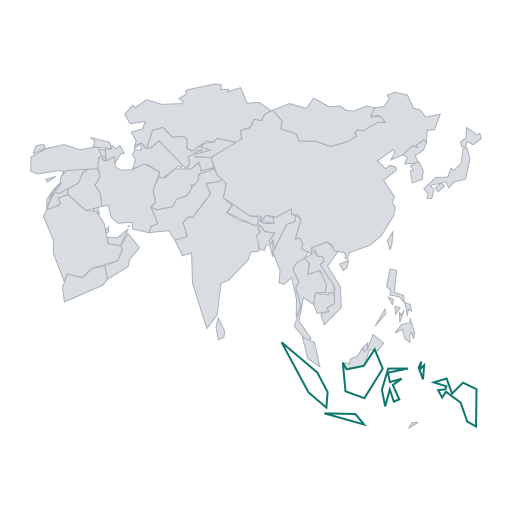 where Indonesia sits in Asia
{"feature_id": "IDN", "entity_name": "Indonesia", "entity_type": "country or territory", "adm_level": 0, "iso_a3": "IDN", "parent_name": "Asia", "parent_adm1": "", "projection": "equal_earth", "projection_center": [119.503, -2.501], "detail": "coarse", "context": "in_parent", "style": "outline", "palette": "teal", "viewbox_px": 512, "rotation_deg": 0, "n_neighbors": 45, "source": "natural_earth", "source_scale": "50m", "svg_char_len": 12327}
<svg xmlns="http://www.w3.org/2000/svg" viewBox="0 0 512 512"><path d="M271.1,110.7L264.8,114.2L261.3,120.9L254.4,119.3L250.1,127.7L240.3,130.6L241.9,138.9L238.8,143.0L217.4,138.4L213.8,142.2L205.5,141.2L193.5,151.2L186.9,148.7L187.0,139.8L183.6,136.3L172.6,137.4L162.9,127.5L152.6,130.3L146.8,148.1L141.3,143.1L134.6,145.7L136.2,140.8L131.3,132.1L142.5,129.0L145.3,121.5L130.2,123.7L124.7,114.4L132.7,105.1L135.2,107.7L146.5,99.7L161.7,104.4L181.6,103.6L183.3,101.5L178.9,98.5L186.6,94.1L185.4,91.2L187.5,89.7L215.6,83.9L221.3,84.8L220.8,89.2L228.6,89.6L227.6,91.9L240.7,87.7L247.1,103.3L259.0,102.4L271.1,110.7Z" fill="#d9dde1" stroke="#a8b0b8" stroke-width="1"/><path d="M146.8,148.1L152.6,130.3L162.9,127.5L172.6,137.4L183.6,136.3L187.0,139.8L186.9,148.7L192.0,151.2L204.1,143.4L201.2,147.0L210.3,150.2L204.7,153.8L200.3,153.4L201.5,149.8L196.2,150.9L191.7,156.8L188.6,156.6L189.6,163.7L186.2,168.9L158.9,141.0L151.0,148.0L146.8,148.1Z" fill="#d9dde1" stroke="#a8b0b8" stroke-width="1"/><path d="M408.6,428.1L412.3,422.6L418.2,422.4L408.6,428.1Z" fill="#d9dde1" stroke="#a8b0b8" stroke-width="1"/><path d="M56.3,188.8L50.7,196.2L46.8,208.7L46.8,199.6L53.2,189.8L56.3,188.8Z" fill="#d9dde1" stroke="#a8b0b8" stroke-width="1"/><path d="M61.0,184.0L53.3,189.8L61.0,181.9L61.0,184.0Z" fill="#d9dde1" stroke="#a8b0b8" stroke-width="1"/><path d="M53.8,193.4L49.7,198.9L52.6,192.7L53.8,193.4Z" fill="#d9dde1" stroke="#a8b0b8" stroke-width="1"/><path d="M53.8,193.4L68.2,188.3L67.8,194.6L58.1,198.1L60.6,203.3L50.9,210.3L46.8,208.7L53.8,193.4Z" fill="#d9dde1" stroke="#a8b0b8" stroke-width="1"/><path d="M107.5,237.1L117.3,237.8L128.1,229.1L119.9,246.7L108.0,243.9L107.5,237.1Z" fill="#d9dde1" stroke="#a8b0b8" stroke-width="1"/><path d="M104.9,234.3L105.4,230.4L108.3,226.9L108.6,231.8L104.9,234.3Z" fill="#d9dde1" stroke="#a8b0b8" stroke-width="1"/><path d="M97.0,205.7L99.5,213.8L92.8,210.9L97.0,205.7Z" fill="#d9dde1" stroke="#a8b0b8" stroke-width="1"/><path d="M67.8,194.6L68.2,188.3L78.5,182.8L82.8,172.9L90.3,167.6L97.6,168.7L100.2,176.4L95.1,185.2L100.4,193.0L101.9,206.4L85.5,210.4L67.8,194.6Z" fill="#d9dde1" stroke="#a8b0b8" stroke-width="1"/><path d="M120.9,245.6L127.9,233.4L139.5,247.7L129.7,259.2L128.2,266.4L107.5,279.3L104.6,266.1L117.8,260.5L122.2,249.5L120.9,245.6ZM129.6,225.9L127.6,227.3L129.2,225.4L129.6,225.9Z" fill="#d9dde1" stroke="#a8b0b8" stroke-width="1"/><path d="M313.6,304.5L315.5,292.9L328.3,294.9L330.3,291.0L334.9,296.8L334.3,303.6L327.1,308.0L328.9,311.4L317.2,313.3L313.6,304.5Z" fill="#d9dde1" stroke="#a8b0b8" stroke-width="1"/><path d="M324.9,292.7L315.5,292.9L313.6,304.5L303.3,297.6L299.0,321.3L311.1,338.5L306.9,341.5L294.3,326.3L300.9,306.1L295.6,287.9L298.7,281.9L292.9,269.2L296.9,262.2L304.7,258.2L309.4,263.5L308.0,274.4L317.1,270.0L323.3,274.9L326.6,285.3L324.9,292.7Z" fill="#d9dde1" stroke="#a8b0b8" stroke-width="1"/><path d="M334.0,293.1L324.9,292.7L326.6,285.3L320.2,270.3L308.0,274.4L309.4,263.5L304.7,258.2L311.9,254.0L311.5,247.7L317.6,256.3L322.7,256.3L324.1,261.2L320.2,264.6L333.9,283.4L334.0,293.1Z" fill="#d9dde1" stroke="#a8b0b8" stroke-width="1"/><path d="M304.7,258.2L296.9,262.2L292.9,269.2L298.7,281.9L295.6,287.9L300.9,306.1L296.2,317.3L296.5,299.2L291.6,277.7L283.9,284.5L279.0,282.7L280.1,270.5L272.8,252.4L286.3,224.4L294.6,221.7L295.8,215.3L301.0,219.4L295.4,239.0L299.8,238.1L303.0,244.2L301.6,248.8L309.4,250.3L304.7,258.2Z" fill="#d9dde1" stroke="#a8b0b8" stroke-width="1"/><path d="M320.8,314.1L328.9,311.4L327.1,308.0L334.3,303.6L334.9,287.4L320.2,264.6L324.1,261.2L322.7,256.3L317.6,256.3L313.7,246.9L326.9,242.0L337.7,251.9L327.5,265.8L340.4,287.0L341.4,307.4L324.1,324.9L320.8,314.1Z" fill="#d9dde1" stroke="#a8b0b8" stroke-width="1"/><path d="M426.4,142.7L423.3,150.2L415.3,155.7L418.2,162.7L404.9,164.0L407.3,157.6L402.9,154.9L405.9,151.7L412.5,145.6L417.5,147.3L416.8,144.7L423.8,139.9L426.4,142.7Z" fill="#d9dde1" stroke="#a8b0b8" stroke-width="1"/><path d="M410.5,165.8L418.7,161.5L423.3,170.7L422.2,179.4L412.2,183.0L410.4,171.0L413.3,170.1L410.5,165.8Z" fill="#d9dde1" stroke="#a8b0b8" stroke-width="1"/><path d="M272.6,110.3L289.6,103.6L306.5,108.4L313.5,98.1L329.3,106.8L340.7,106.0L345.9,110.4L353.6,111.1L366.9,106.1L375.0,107.7L371.5,117.5L379.8,115.9L385.9,120.6L362.8,131.1L357.1,129.8L355.0,132.8L356.6,136.2L351.2,140.4L330.5,146.6L315.6,141.4L299.0,141.1L296.0,133.9L280.8,128.9L282.1,121.4L272.6,110.3Z" fill="#d9dde1" stroke="#a8b0b8" stroke-width="1"/><path d="M295.8,215.3L294.6,221.7L286.3,224.4L274.5,249.2L273.0,240.5L270.9,244.0L268.9,241.2L274.4,233.1L264.6,231.5L259.6,225.1L257.9,228.8L260.5,231.7L256.7,235.7L259.1,237.2L258.8,251.2L250.8,252.2L248.3,259.7L229.0,279.8L220.9,283.5L217.2,314.9L206.8,328.5L192.5,283.0L191.6,253.0L182.4,255.7L174.9,240.1L187.1,236.5L182.9,222.5L188.2,216.8L192.8,217.2L210.3,194.0L206.2,183.4L218.7,181.6L223.2,177.3L226.4,183.3L223.5,198.0L231.9,205.1L226.9,212.5L238.9,220.2L257.6,225.3L261.1,216.3L261.1,221.6L264.5,223.7L273.9,223.0L272.9,218.0L291.4,209.0L291.5,214.5L295.8,215.3Z" fill="#d9dde1" stroke="#a8b0b8" stroke-width="1"/><path d="M273.0,240.5L272.8,256.8L269.6,245.2L265.9,245.0L264.6,250.4L259.5,249.1L256.7,235.7L260.5,231.7L257.9,228.8L259.6,225.1L264.6,231.5L274.4,233.1L268.9,241.2L270.9,244.0L273.0,240.5Z" fill="#d9dde1" stroke="#a8b0b8" stroke-width="1"/><path d="M272.9,218.0L273.9,223.0L261.1,221.6L266.4,215.2L272.9,218.0Z" fill="#d9dde1" stroke="#a8b0b8" stroke-width="1"/><path d="M258.6,217.4L257.6,225.3L254.2,225.4L226.9,212.5L233.7,203.8L249.5,215.7L258.6,217.4Z" fill="#d9dde1" stroke="#a8b0b8" stroke-width="1"/><path d="M223.2,177.3L218.7,181.6L206.2,183.4L210.3,194.0L192.8,217.2L188.2,216.8L182.9,222.5L187.1,236.5L174.9,240.1L168.9,230.7L148.8,232.6L151.3,226.3L157.7,223.5L150.9,207.0L157.0,209.7L172.8,206.6L176.5,199.1L186.5,196.0L201.0,172.1L214.4,168.9L217.2,175.2L223.2,177.3Z" fill="#d9dde1" stroke="#a8b0b8" stroke-width="1"/><path d="M174.3,169.0L191.5,168.8L199.2,162.1L201.2,170.9L207.5,167.1L214.4,168.9L198.3,174.3L198.7,179.1L194.7,185.1L191.0,184.9L191.9,188.4L186.5,196.0L176.5,199.1L172.8,206.6L157.0,209.7L150.9,207.0L155.5,202.1L153.0,190.3L158.9,176.5L165.5,177.8L174.3,169.0Z" fill="#d9dde1" stroke="#a8b0b8" stroke-width="1"/><path d="M186.2,168.9L189.6,163.7L188.6,156.6L201.5,149.8L201.9,153.3L195.2,156.9L211.1,157.4L214.0,167.5L201.2,170.9L199.2,162.1L191.5,168.8L186.2,168.9Z" fill="#d9dde1" stroke="#a8b0b8" stroke-width="1"/><path d="M204.1,143.4L213.8,142.2L217.4,138.4L238.8,143.0L211.1,157.4L195.2,156.9L196.3,154.0L210.3,150.2L201.2,147.0L204.1,143.4Z" fill="#d9dde1" stroke="#a8b0b8" stroke-width="1"/><path d="M134.6,145.7L141.3,143.1L144.8,148.3L151.0,148.0L158.9,141.0L182.3,164.7L181.5,167.8L178.8,166.2L162.4,178.4L158.9,176.5L159.6,172.2L147.1,164.4L132.8,168.6L135.3,159.7L132.5,154.4L134.6,150.2L141.6,149.8L139.7,144.1L134.7,148.9L134.6,145.7Z" fill="#d9dde1" stroke="#a8b0b8" stroke-width="1"/><path d="M101.9,206.4L100.4,193.0L95.1,185.2L100.2,176.4L96.9,164.7L98.9,157.4L105.5,160.8L114.2,156.6L115.3,166.6L120.5,170.2L132.1,169.8L144.5,163.9L159.6,172.2L153.0,190.3L155.5,202.1L150.9,207.0L157.7,223.5L151.3,226.3L148.8,232.6L132.7,229.0L132.2,222.3L118.0,223.2L111.2,217.5L108.3,205.3L101.9,206.4Z" fill="#d9dde1" stroke="#a8b0b8" stroke-width="1"/><path d="M55.0,191.8L61.0,184.0L60.3,177.7L66.1,170.5L88.4,168.4L82.8,172.9L78.5,182.8L58.7,193.8L55.0,191.8Z" fill="#d9dde1" stroke="#a8b0b8" stroke-width="1"/><path d="M106.9,160.7L98.7,153.3L99.9,149.1L106.9,150.5L106.9,160.7Z" fill="#d9dde1" stroke="#a8b0b8" stroke-width="1"/><path d="M97.6,168.7L66.1,170.5L62.0,175.6L63.6,171.4L58.2,170.6L37.7,174.0L30.7,171.3L31.0,157.2L46.4,148.5L64.1,144.6L80.0,149.8L97.3,146.7L102.0,155.9L98.9,157.4L97.6,168.7ZM36.1,145.5L43.5,144.6L45.6,148.1L33.2,153.8L36.1,145.5Z" fill="#d9dde1" stroke="#a8b0b8" stroke-width="1"/><path d="M224.7,331.1L223.9,337.0L218.4,340.0L216.0,327.2L218.3,317.9L224.7,331.1Z" fill="#d9dde1" stroke="#a8b0b8" stroke-width="1"/><path d="M343.2,270.6L339.8,264.1L348.8,260.1L346.8,267.9L343.2,270.6ZM211.1,157.4L241.9,138.9L240.3,130.6L250.1,127.7L254.4,119.3L261.3,120.9L264.8,114.2L272.6,110.3L282.1,121.4L280.8,128.9L296.0,133.9L299.0,141.1L315.6,141.4L330.5,146.6L346.8,142.1L356.6,136.2L355.0,132.8L357.1,129.8L362.8,131.1L377.4,122.4L385.5,122.3L379.8,115.9L370.6,115.6L375.0,107.7L384.2,106.5L389.2,98.5L387.3,95.1L394.3,92.2L407.1,94.9L413.7,108.3L419.9,109.7L426.0,117.2L440.2,114.1L434.6,129.6L427.1,130.4L426.4,142.7L423.8,139.9L416.8,144.7L417.5,147.3L412.5,145.6L402.9,154.9L390.8,160.0L395.0,152.4L393.0,149.8L377.4,160.8L385.7,168.8L390.0,165.2L395.9,167.3L396.5,170.0L383.6,180.3L394.5,197.1L391.9,202.5L395.3,206.9L393.7,215.5L381.5,235.5L370.1,245.1L349.0,252.8L347.5,258.6L345.2,259.0L345.2,252.8L333.6,250.5L332.5,245.1L326.9,242.0L311.5,247.7L311.9,254.0L301.6,248.8L303.0,244.2L299.8,238.1L295.4,239.0L301.0,219.4L298.2,214.9L291.5,214.5L291.4,209.0L276.2,217.3L266.4,215.2L261.1,220.5L261.1,216.3L249.5,215.7L223.5,198.0L226.4,183.3L217.2,175.2L211.1,157.4Z" fill="#d9dde1" stroke="#a8b0b8" stroke-width="1"/><path d="M393.0,231.4L391.8,245.1L390.1,249.6L387.4,240.9L393.0,231.4Z" fill="#d9dde1" stroke="#a8b0b8" stroke-width="1"/><path d="M111.9,145.4L115.9,148.8L120.0,145.6L124.1,153.2L120.9,153.6L115.2,162.9L114.2,156.6L106.9,160.7L105.5,155.0L105.4,148.4L110.9,149.3L111.9,145.4ZM105.5,160.8L103.1,160.1L102.0,155.9L105.2,157.1L105.5,160.8Z" fill="#d9dde1" stroke="#a8b0b8" stroke-width="1"/><path d="M91.0,137.7L109.6,142.2L111.6,148.7L93.2,146.9L94.9,141.5L91.0,137.7Z" fill="#d9dde1" stroke="#a8b0b8" stroke-width="1"/><path d="M392.4,304.4L388.4,297.2L393.5,299.5L392.4,304.4ZM399.7,322.5L399.5,311.9L401.2,315.4L404.3,309.9L399.7,322.5ZM410.0,318.3L414.8,333.0L413.4,338.2L411.8,332.4L409.8,335.3L410.0,342.2L405.0,338.9L402.4,329.3L395.2,333.0L401.8,324.4L410.2,322.7L410.0,318.3ZM385.7,313.8L375.1,326.2L385.0,309.1L385.7,313.8ZM396.7,270.4L394.3,292.3L403.6,295.4L404.2,302.5L399.3,296.7L389.7,295.0L391.2,291.2L386.7,286.3L390.0,268.9L396.7,270.4ZM395.5,314.4L395.0,306.2L400.2,307.9L395.5,314.4ZM410.2,304.6L411.5,311.0L408.2,309.4L407.4,316.1L405.0,302.4L410.2,304.6Z" fill="#d9dde1" stroke="#a8b0b8" stroke-width="1"/><path d="M302.4,337.1L314.5,342.5L319.8,366.8L307.7,358.4L302.4,337.1ZM378.0,350.5L369.4,349.5L364.1,366.0L346.6,369.8L343.7,366.5L343.0,362.7L349.4,363.6L350.3,358.7L357.2,356.4L362.4,348.2L367.2,349.4L373.1,334.5L383.6,343.2L378.0,350.5Z" fill="#d9dde1" stroke="#a8b0b8" stroke-width="1"/><path d="M367.7,342.9L367.2,349.4L364.3,351.2L362.4,348.2L367.7,342.9Z" fill="#d9dde1" stroke="#a8b0b8" stroke-width="1"/><path d="M470.0,158.6L465.6,179.1L454.0,181.9L448.8,187.8L445.7,181.9L429.9,185.6L434.0,189.4L431.8,198.4L427.3,198.5L428.1,193.8L423.8,188.7L435.8,177.6L447.7,177.1L451.1,168.1L453.8,170.5L461.1,163.4L463.0,148.6L466.9,147.7L470.0,158.6ZM477.4,135.2L479.7,133.2L481.3,138.6L473.3,144.7L467.1,141.4L465.6,146.7L461.5,146.8L460.5,141.9L465.8,137.9L466.7,127.6L477.4,135.2ZM435.4,187.8L441.2,183.1L444.7,186.0L438.1,191.8L435.4,187.8Z" fill="#d9dde1" stroke="#a8b0b8" stroke-width="1"/><path d="M104.6,266.1L107.5,279.3L102.8,285.2L64.5,301.9L62.5,287.3L67.6,274.0L82.2,277.6L92.3,268.2L104.6,266.1Z" fill="#d9dde1" stroke="#a8b0b8" stroke-width="1"/><path d="M46.7,209.5L57.8,206.0L60.6,203.3L58.1,198.1L67.8,194.6L85.5,210.4L96.3,211.4L104.3,223.8L108.0,243.9L120.9,245.6L122.2,249.5L117.8,260.5L92.3,268.2L82.2,277.6L67.6,274.0L64.1,281.0L53.4,253.4L53.4,240.2L43.5,216.4L46.7,209.5Z" fill="#d9dde1" stroke="#a8b0b8" stroke-width="1"/><path d="M55.7,176.4L47.5,182.1L45.6,179.3L55.7,176.4Z" fill="#d9dde1" stroke="#a8b0b8" stroke-width="1"/><path d="M342.8,362.6L346.6,369.3L363.7,365.9L374.7,349.3L382.7,368.6L364.4,398.2L345.5,391.3L342.8,362.6ZM281.6,342.3L317.4,372.6L327.6,392.1L326.4,407.6L308.5,392.4L281.6,342.3ZM476.5,389.2L476.0,426.5L467.2,421.5L460.6,402.6L446.0,391.8L442.1,397.5L438.1,390.2L445.5,389.3L446.4,386.3L433.9,382.4L446.6,378.5L452.0,393.6L463.0,382.7L476.5,389.2ZM407.9,368.5L387.9,372.7L389.9,382.1L401.7,378.7L392.8,385.0L399.3,399.4L393.8,401.6L389.8,389.5L385.2,406.4L381.9,389.8L388.2,368.6L407.9,368.5ZM324.4,413.4L355.3,414.0L364.1,424.5L324.4,413.4ZM420.0,369.3L424.1,365.2L423.0,379.3L418.7,367.7L421.3,361.6L420.0,369.3Z" fill="none" stroke="#0f766e" stroke-width="2"/></svg>